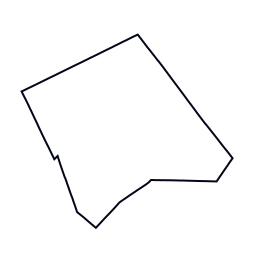 outline of Comuna 6, Ciudad de Buenos Aires, Argentina, rotated 164°
{"feature_id": "61730980B491501502306", "entity_name": "Comuna 6", "entity_type": "district", "adm_level": 2, "iso_a3": "ARG", "parent_name": "Argentina", "parent_adm1": "Ciudad de Buenos Aires", "projection": "mercator", "projection_center": [-58.443, -34.617], "detail": "fine", "context": "isolated", "style": "outline", "palette": "ink", "viewbox_px": 256, "rotation_deg": 164, "n_neighbors": 0, "source": "geoboundaries", "source_scale": "gbopen_adm2", "svg_char_len": 1821}
<svg xmlns="http://www.w3.org/2000/svg" viewBox="0 0 256 256"><g transform="rotate(164 128 128)"><path d="M52.5,110.7L54.6,116.0L57.4,123.3L58.9,127.4L61.1,133.3L63.6,139.7L63.9,140.7L67.0,148.9L69.8,156.3L72.5,163.4L75.1,170.4L76.5,174.1L77.5,176.8L80.3,183.9L80.4,184.0L80.8,184.8L83.3,191.1L86.2,198.2L87.3,200.7L87.8,202.1L90.2,208.2L90.7,209.6L92.9,215.1L98.4,214.2L104.3,213.1L105.8,212.8L109.0,212.3L110.1,212.1L113.7,211.4L119.3,210.4L121.2,210.0L129.3,208.6L137.3,207.1L143.2,206.1L154.7,204.0L159.5,203.2L166.8,201.9L174.6,200.5L179.1,199.7L184.0,198.8L190.5,197.7L191.6,197.5L198.8,196.2L205.4,195.0L211.9,193.9L213.0,193.7L216.3,193.1L218.5,192.7L220.2,192.5L219.9,190.7L219.1,186.5L218.9,185.4L218.7,184.6L218.0,180.8L217.7,179.1L216.6,172.2L216.4,171.3L214.9,161.8L214.6,160.3L214.1,157.1L213.5,153.1L212.4,146.5L212.4,146.3L212.2,145.2L211.0,138.2L210.8,137.1L209.7,131.3L207.6,119.3L207.4,118.3L203.4,120.5L203.1,111.5L202.9,107.3L202.4,98.3L202.2,97.5L201.9,93.5L201.9,92.2L201.6,87.6L201.4,83.2L201.1,78.6L200.9,77.2L200.7,73.5L200.7,72.5L200.4,68.1L200.1,61.2L195.7,55.0L191.6,48.7L186.4,40.9L183.7,42.5L178.1,45.9L177.1,46.5L176.2,47.1L169.6,50.9L168.4,51.6L167.5,52.1L167.4,52.2L166.8,52.6L166.7,52.6L162.6,55.1L159.9,56.8L156.4,59.0L155.9,59.1L151.5,60.6L150.5,60.9L144.7,62.9L144.1,63.1L137.8,65.1L137.0,65.4L130.9,67.3L125.9,68.9L123.1,70.0L120.2,71.7L116.2,70.4L105.8,67.3L104.6,66.9L99.8,65.5L97.6,64.8L97.2,64.7L95.9,64.3L95.8,64.2L95.6,64.2L93.2,63.4L90.6,62.6L88.5,62.0L85.8,61.1L85.2,60.9L80.4,59.4L75.4,57.8L72.6,56.9L71.2,56.5L67.3,55.3L59.5,52.8L57.5,52.2L55.9,53.6L52.2,56.7L51.5,57.2L47.1,60.9L41.8,65.2L41.4,65.6L38.7,67.8L36.8,69.3L35.8,70.1L38.4,76.6L41.3,83.5L44.2,90.7L46.8,97.2L47.2,98.1L49.5,103.7L52.0,109.8L52.5,110.7Z" fill="none" stroke="#020617" stroke-width="2"/></g></svg>